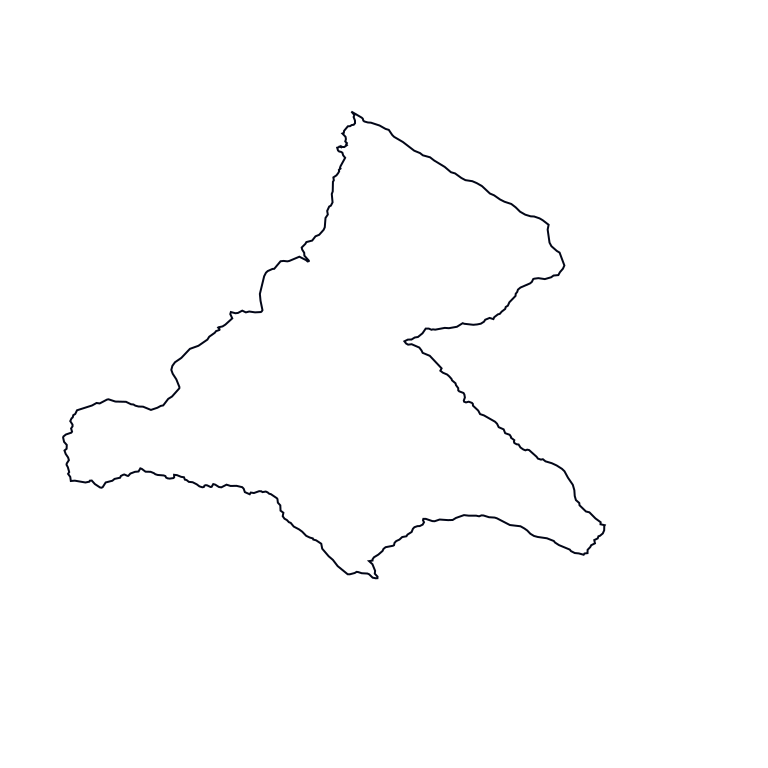 the district of San Bernardo, Cundinamarca, Colombia, rotated 297°
{"feature_id": "7082276B63706767253124", "entity_name": "San Bernardo", "entity_type": "district", "adm_level": 2, "iso_a3": "COL", "parent_name": "Colombia", "parent_adm1": "Cundinamarca", "projection": "equal_earth", "projection_center": [-74.363, 4.131], "detail": "fine", "context": "isolated", "style": "outline", "palette": "ink", "viewbox_px": 768, "rotation_deg": 297, "n_neighbors": 0, "source": "geoboundaries", "source_scale": "gbopen_adm2", "svg_char_len": 6154}
<svg xmlns="http://www.w3.org/2000/svg" viewBox="0 0 768 768"><g transform="rotate(297 384 384)"><path d="M328.7,640.7L332.3,641.8L334.4,641.8L337.8,644.3L340.4,642.2L343.4,644.5L345.7,644.2L346.7,645.3L350.2,646.8L353.6,646.6L357.3,644.8L358.4,644.8L357.3,640.6L359.2,639.8L360.2,633.5L362.9,625.3L362.1,621.8L364.7,613.3L366.6,612.0L367.7,607.7L370.8,604.8L375.8,601.8L379.9,598.0L384.0,590.5L388.2,584.4L389.2,581.1L389.8,574.8L389.6,569.4L388.4,563.0L389.1,559.7L387.9,558.2L387.4,555.0L388.4,553.1L391.0,543.3L390.5,541.4L389.1,540.1L388.9,537.9L389.4,534.4L391.2,531.4L390.5,529.5L390.6,527.0L391.5,526.0L393.1,525.6L393.8,521.5L394.7,521.0L395.8,519.0L395.2,514.3L397.9,511.2L397.6,505.8L399.9,502.8L400.8,500.1L401.4,487.3L400.8,483.3L403.1,480.0L405.1,473.1L406.6,472.2L407.1,470.9L406.7,467.5L404.8,465.4L404.6,463.4L405.5,462.6L408.7,462.2L411.1,460.4L412.1,458.9L411.6,454.4L412.0,453.1L414.0,452.0L415.7,448.6L417.1,447.4L418.1,443.0L419.2,441.8L420.4,438.7L421.1,436.0L420.8,431.4L421.4,428.2L424.1,428.2L429.9,412.0L429.3,404.3L430.9,402.2L432.5,398.9L432.0,390.6L430.0,387.6L430.1,385.3L431.3,382.8L434.4,385.1L436.1,388.3L439.4,390.3L441.3,392.9L446.7,395.3L452.3,396.0L453.7,398.8L453.9,401.7L454.9,402.8L455.7,405.0L461.6,412.7L463.2,416.5L468.1,423.0L473.9,426.5L474.1,428.2L477.3,436.7L479.4,440.0L481.7,442.9L484.9,444.8L487.2,445.0L490.8,448.1L491.5,452.0L493.6,451.9L497.8,453.9L499.0,455.3L501.9,456.0L505.9,457.9L507.9,457.5L510.0,458.8L513.7,458.6L522.2,461.2L524.2,460.4L526.5,460.9L528.9,460.5L531.9,461.8L540.0,468.5L542.2,469.4L545.2,469.3L546.0,470.0L548.4,473.5L550.5,479.7L555.0,484.5L557.6,485.8L560.2,489.9L563.5,490.0L568.0,491.1L571.5,490.9L580.8,480.8L581.0,477.6L582.8,470.6L585.1,467.3L595.9,459.7L600.6,458.4L602.0,450.9L602.2,447.4L601.4,441.7L600.0,438.6L599.0,433.0L599.3,427.0L601.2,421.1L602.2,415.7L601.1,408.6L601.1,403.6L602.1,396.4L601.8,391.9L604.8,381.5L605.1,375.4L604.8,370.6L602.6,364.0L602.7,359.4L603.9,351.7L603.1,347.5L605.0,339.5L605.9,327.3L606.9,322.1L605.4,314.8L606.1,311.3L605.6,305.0L608.2,291.0L608.8,280.8L609.6,278.3L612.6,272.9L612.0,269.6L612.3,262.7L610.9,253.7L609.7,250.9L609.0,247.3L609.3,246.0L610.8,244.6L611.2,243.2L611.9,231.3L610.2,235.5L608.1,235.7L605.6,238.5L603.2,239.8L601.2,239.3L600.0,237.6L598.4,236.8L597.2,234.8L591.4,233.5L589.5,234.2L588.3,233.2L586.8,237.5L584.9,238.9L582.5,239.4L581.8,241.6L580.4,241.5L580.0,242.5L577.1,241.0L576.3,239.3L576.3,237.9L575.5,238.2L575.3,236.4L574.3,236.1L573.3,235.0L571.2,237.0L570.8,238.6L571.3,240.1L571.2,241.9L569.2,243.8L567.9,246.7L558.3,246.4L556.4,246.7L556.1,247.4L554.3,246.6L553.1,247.5L551.0,247.4L548.3,246.9L545.1,245.1L542.7,246.8L541.0,246.7L532.3,250.9L529.6,251.2L522.5,255.7L518.8,255.7L517.2,254.6L512.4,254.8L509.5,257.0L505.4,256.5L496.7,260.1L493.9,260.2L487.5,258.5L484.5,255.9L479.2,254.9L475.2,250.4L473.1,250.3L468.2,248.7L466.6,250.1L464.7,253.3L462.2,254.8L459.8,261.0L459.3,261.2L458.5,260.3L459.0,258.3L459.0,250.8L450.6,243.7L449.4,242.2L448.1,238.7L446.4,236.1L436.8,233.9L435.9,232.4L431.8,229.1L429.6,228.3L425.6,228.3L407.9,232.5L402.1,236.2L394.6,242.2L393.2,242.1L392.2,241.6L389.3,236.6L387.4,231.0L385.1,228.4L385.0,224.4L381.0,221.6L379.6,219.5L378.6,214.9L376.5,215.3L373.6,219.0L364.9,215.7L362.0,214.0L359.4,210.8L359.0,210.6L358.2,212.6L357.4,212.8L354.8,210.3L352.9,210.0L346.8,206.8L343.4,206.5L333.8,201.3L327.2,195.1L315.3,191.6L308.5,187.9L304.1,187.2L300.0,188.1L297.2,191.1L293.9,196.8L288.4,203.1L287.2,203.6L276.6,200.8L272.8,198.5L264.7,197.0L263.1,195.0L260.0,192.9L255.1,188.1L254.4,179.6L252.5,175.5L251.8,172.2L252.0,170.1L251.1,167.8L251.0,162.2L246.4,152.6L245.3,145.5L244.4,144.3L237.6,139.5L236.6,136.5L232.3,133.6L221.2,122.4L217.1,122.5L215.2,121.3L212.9,121.8L211.5,121.2L208.5,121.3L206.4,124.9L204.9,125.7L202.3,125.4L199.9,127.7L198.7,127.5L194.6,123.5L191.7,122.2L190.6,122.4L187.2,125.2L185.7,129.0L182.2,130.6L179.7,129.5L177.2,132.1L175.1,135.9L173.1,137.8L169.2,137.4L167.9,137.8L166.3,140.1L162.6,143.5L160.5,143.3L158.8,146.6L155.4,149.0L157.5,152.4L160.7,162.7L163.2,165.8L164.3,165.8L165.3,167.4L163.6,171.8L162.9,178.0L163.4,179.5L164.5,180.2L169.9,180.7L174.5,185.9L177.1,187.0L180.7,191.4L182.6,191.3L184.9,193.0L185.5,193.8L185.7,197.1L186.1,197.9L189.1,198.7L192.7,202.0L194.6,205.0L198.2,205.2L198.4,206.8L197.6,211.3L199.8,215.9L200.1,219.4L199.8,221.2L200.2,223.6L202.5,229.2L202.7,231.0L201.7,232.3L201.7,234.0L202.4,236.0L204.6,239.1L205.6,239.4L207.8,238.2L208.8,240.9L209.2,245.5L210.1,248.1L208.4,250.0L208.8,251.7L208.2,254.5L209.6,258.1L209.6,262.7L209.0,266.0L209.5,269.0L210.4,270.2L212.0,270.2L213.0,271.2L213.4,272.5L213.5,276.2L214.1,277.1L217.3,277.3L217.7,279.3L217.3,283.7L218.1,286.0L222.8,289.4L223.5,293.6L226.3,298.8L227.7,304.5L227.0,306.5L224.5,309.1L224.8,314.4L226.8,314.6L227.8,317.6L231.8,321.4L232.7,323.4L232.5,324.8L234.5,327.5L234.6,329.5L234.1,331.5L234.5,333.2L233.6,340.4L233.1,341.3L230.1,343.3L228.8,346.7L224.2,349.3L223.6,352.8L220.2,353.8L218.8,356.5L218.7,359.2L217.7,362.0L217.9,363.9L216.0,368.3L215.9,374.3L215.3,378.1L213.4,383.6L213.5,387.6L214.1,390.7L213.3,391.6L213.9,394.5L213.2,400.6L209.2,403.7L205.4,412.9L204.1,418.3L200.7,425.4L198.0,438.0L198.9,439.9L202.3,443.7L204.2,444.9L204.7,446.4L205.3,450.1L207.6,455.3L207.7,457.2L206.3,461.8L207.2,465.0L208.0,466.3L209.4,465.7L210.8,461.9L213.5,460.9L218.2,455.5L219.4,451.1L221.5,453.9L222.6,453.4L225.0,453.7L229.4,456.4L234.6,458.5L236.8,458.4L239.3,459.5L243.9,465.4L244.9,466.1L247.3,465.5L249.6,466.2L252.4,468.4L255.9,469.7L258.5,473.1L260.5,473.3L264.7,475.8L268.1,475.5L270.2,476.1L272.6,478.4L273.6,480.3L276.3,482.3L279.0,482.4L280.3,480.6L281.7,480.3L282.8,482.5L283.8,489.3L284.7,491.4L288.5,495.1L291.8,502.9L294.0,506.9L297.3,508.9L303.5,514.8L305.2,519.4L308.5,525.8L309.3,528.8L311.2,530.5L312.0,532.3L313.0,538.1L315.2,543.2L315.6,545.5L315.5,560.2L319.2,570.2L319.0,574.7L318.5,578.1L317.0,582.4L316.7,586.6L317.5,590.4L320.5,599.2L321.2,606.6L320.4,608.3L319.9,613.0L320.8,624.7L320.0,626.4L320.0,630.7L321.5,634.5L322.5,639.4L324.0,639.6L325.7,642.1L328.7,640.7Z" fill="none" stroke="#020617" stroke-width="2"/></g></svg>